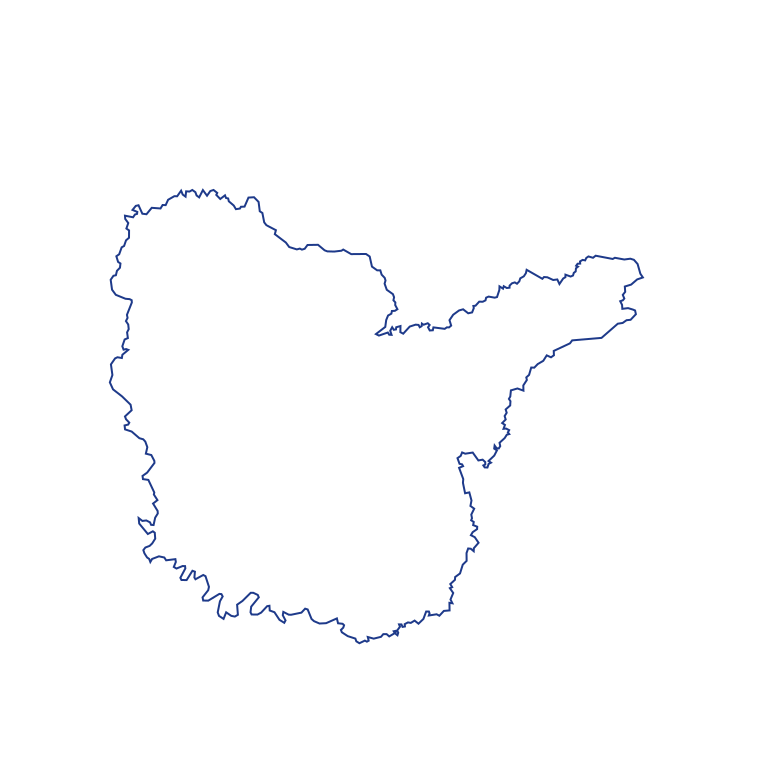 Doverlândia, Goiás, Brazil, rotated 253°
{"feature_id": "56859067B97324258200448", "entity_name": "Doverlândia", "entity_type": "district", "adm_level": 2, "iso_a3": "BRA", "parent_name": "Brazil", "parent_adm1": "Goiás", "projection": "albers", "projection_center": [-52.503, -16.899], "detail": "fine", "context": "isolated", "style": "outline", "palette": "blue", "viewbox_px": 768, "rotation_deg": 253, "n_neighbors": 0, "source": "geoboundaries", "source_scale": "gbopen_adm2", "svg_char_len": 6167}
<svg xmlns="http://www.w3.org/2000/svg" viewBox="0 0 768 768"><g transform="rotate(253 384 384)"><path d="M142.6,292.3L143.0,294.3L146.8,294.5L143.5,299.7L143.1,307.2L145.0,310.2L144.0,313.4L141.1,315.2L142.6,321.5L144.7,321.0L144.4,324.5L147.2,328.3L149.7,328.1L149.0,330.4L146.3,330.7L146.0,333.1L148.3,333.6L149.0,337.2L147.7,339.8L148.8,344.1L144.7,346.9L147.8,353.0L154.1,357.8L153.3,360.4L151.3,360.5L149.5,359.2L148.4,367.0L146.2,369.2L149.5,374.9L148.3,380.5L155.6,382.6L154.3,385.3L158.5,384.6L163.9,389.1L169.5,387.3L169.8,389.8L173.3,388.9L176.0,394.6L178.6,395.6L180.6,401.3L188.2,406.5L190.7,411.3L198.2,413.5L202.1,416.4L201.1,418.8L197.9,420.9L200.7,421.9L204.5,428.0L211.0,426.0L214.0,422.9L216.4,425.5L218.0,430.6L220.3,431.4L223.0,428.0L225.8,429.5L228.2,427.5L229.9,428.9L233.6,429.3L238.4,433.8L242.1,431.0L247.0,433.6L255.4,433.9L255.8,429.6L266.4,430.6L269.9,432.0L281.9,431.3L282.3,435.6L284.3,435.2L285.6,432.9L291.6,432.6L292.8,436.3L295.7,438.7L293.6,441.3L292.5,448.8L283.3,451.9L282.8,456.2L279.8,458.0L277.4,457.3L277.1,455.2L274.8,455.9L273.9,458.5L277.0,460.7L277.5,463.3L279.8,461.5L283.3,468.5L287.5,472.6L290.0,470.5L292.8,471.8L289.7,472.9L288.8,474.9L290.6,477.0L294.0,477.3L297.0,483.6L299.6,486.6L299.5,489.1L301.5,488.3L303.3,490.2L305.7,487.7L306.2,485.2L309.5,487.7L312.1,485.6L314.5,490.0L318.1,490.0L320.6,492.9L324.1,492.9L326.6,498.4L330.6,499.9L333.2,499.1L335.1,501.1L340.8,503.5L340.7,510.3L336.9,515.4L341.9,516.8L346.1,521.8L348.7,522.0L350.3,525.4L356.7,529.6L355.7,532.5L358.1,536.8L359.6,543.1L363.8,548.0L360.7,551.5L361.8,554.9L366.0,556.0L368.5,573.7L370.7,576.7L364.5,605.5L373.3,625.2L372.6,630.1L374.1,634.6L373.3,638.6L377.1,645.3L380.9,645.6L382.4,643.8L385.2,639.6L386.2,633.9L390.1,634.8L394.1,634.1L394.2,636.9L395.5,638.8L399.4,638.4L401.6,641.6L406.8,642.8L406.8,649.4L410.0,656.7L410.2,662.7L414.5,661.4L424.6,661.6L429.7,659.3L431.8,656.2L432.8,650.2L437.2,641.7L436.7,639.3L444.8,623.9L443.6,620.8L446.2,616.8L445.4,614.3L443.4,612.5L444.6,610.2L443.9,607.3L441.8,606.8L442.4,604.3L440.9,602.3L439.5,603.8L438.5,601.4L435.6,600.2L434.8,598.0L432.5,596.5L432.2,593.9L435.5,589.5L433.1,588.7L432.5,586.2L428.3,581.0L433.3,580.3L434.0,576.2L438.3,571.4L439.5,568.3L438.3,566.2L451.5,553.8L448.5,552.1L446.1,549.2L445.2,545.2L442.6,543.4L441.0,540.5L442.9,538.8L442.9,535.9L441.4,532.9L439.4,532.2L439.9,529.5L442.5,527.1L440.4,525.7L443.6,523.0L440.2,521.8L434.1,517.5L434.2,515.1L437.0,509.6L436.7,506.9L434.3,505.5L433.8,502.5L434.9,499.1L432.1,494.4L432.5,492.3L430.4,492.1L426.7,489.2L427.0,485.2L432.3,481.5L432.4,477.3L430.0,470.4L425.9,465.3L420.2,465.3L419.1,462.7L419.8,460.7L419.0,458.2L423.7,447.8L421.1,446.4L421.8,443.4L425.4,442.7L427.1,444.9L429.3,443.6L429.1,439.2L430.7,437.9L428.3,436.9L427.8,434.8L430.4,434.3L431.5,431.6L431.4,425.4L426.5,417.1L428.8,414.8L434.6,416.7L434.7,412.3L432.7,411.4L433.0,409.2L435.9,408.4L433.1,405.5L428.8,405.6L429.6,403.4L432.1,402.7L431.8,393.3L434.1,390.9L438.2,401.9L444.5,404.8L448.3,407.9L449.1,411.6L451.5,412.9L450.8,415.8L451.6,418.7L456.2,417.8L458.7,418.7L461.3,417.5L464.0,419.0L467.3,418.8L473.3,414.2L479.8,413.9L482.5,415.7L485.3,415.7L489.3,413.7L493.8,413.7L494.7,410.7L499.8,406.8L510.1,407.6L513.6,404.8L517.8,390.6L524.5,384.3L523.9,382.3L525.2,375.1L527.4,368.6L529.2,366.3L536.4,361.6L539.3,351.5L536.5,347.7L536.5,344.8L538.1,343.1L538.2,340.0L542.7,333.4L548.0,331.5L559.2,323.4L562.7,325.6L570.2,318.0L573.6,316.7L583.1,317.7L585.5,315.7L594.8,317.3L600.6,314.3L601.9,308.9L594.4,302.5L595.3,299.0L593.9,297.5L594.5,293.5L598.6,292.5L604.1,289.0L607.0,289.2L608.1,287.3L610.9,287.1L608.8,281.5L613.9,278.9L615.5,280.4L619.4,277.7L619.3,274.3L615.8,269.8L622.4,267.5L616.5,261.8L619.1,259.9L622.6,259.7L625.6,257.4L624.9,254.3L626.1,251.1L621.2,249.0L624.0,246.9L628.2,246.5L624.0,241.1L624.9,238.4L623.3,231.4L618.9,227.5L619.9,224.6L617.2,221.6L620.4,213.4L615.8,206.5L617.5,202.7L626.7,201.5L626.9,198.7L624.0,194.4L620.7,198.4L618.9,197.6L618.9,195.4L616.8,192.8L620.7,185.5L617.5,184.8L612.7,186.5L608.0,183.1L605.4,185.1L598.4,182.9L596.8,179.3L592.0,175.8L591.4,173.1L585.5,168.7L584.4,165.4L578.5,165.4L576.3,167.2L572.4,165.5L570.3,161.7L566.4,159.4L566.6,156.9L563.6,153.1L553.7,151.5L547.7,153.6L541.1,161.7L539.5,165.6L537.9,167.2L535.7,166.7L525.3,158.4L522.2,158.1L519.6,155.6L515.7,156.8L511.1,155.9L508.5,153.4L502.8,152.5L502.4,149.0L496.6,144.8L493.0,145.0L492.8,147.6L491.4,149.4L488.5,142.4L485.5,140.9L487.5,136.9L487.1,134.3L482.6,128.6L472.0,126.9L465.7,122.3L458.1,123.3L448.7,129.9L438.3,135.6L432.7,135.0L428.7,126.8L425.7,127.0L421.5,129.1L420.0,127.5L420.2,123.8L416.3,123.1L412.3,128.8L403.7,134.2L401.5,137.6L398.7,138.9L392.8,139.2L387.0,135.9L384.1,140.7L377.6,141.9L375.6,141.4L368.5,131.6L366.7,126.2L363.5,125.7L361.2,130.6L347.4,132.6L345.6,131.6L339.2,133.4L337.2,128.2L328.8,130.4L326.3,129.8L323.1,126.1L316.5,122.4L317.4,120.1L320.1,119.8L323.0,116.8L323.7,112.9L327.5,110.2L322.1,109.1L309.6,114.3L310.7,119.9L308.8,121.3L303.0,120.0L299.3,115.7L297.7,112.5L297.4,108.0L295.5,105.3L292.1,105.4L287.4,106.7L285.4,108.3L282.1,108.5L284.5,111.1L285.0,118.4L282.3,123.2L279.1,124.1L277.5,133.3L274.7,132.9L270.5,129.5L268.2,131.6L268.8,138.2L268.0,140.5L265.7,140.1L258.2,132.6L255.8,133.0L254.2,137.9L261.4,146.2L259.8,148.3L254.4,146.1L252.4,146.6L254.2,155.3L252.4,157.1L241.2,157.3L238.2,155.6L233.0,148.1L229.8,147.8L228.2,152.6L231.4,165.2L230.6,167.1L228.0,167.6L224.2,163.6L214.2,158.2L210.5,158.4L206.3,161.9L211.8,166.3L206.9,170.2L205.2,173.4L206.0,176.8L215.9,179.0L217.9,185.2L223.3,195.5L222.5,198.0L219.2,201.6L216.6,201.9L209.9,191.9L204.7,189.6L202.3,190.0L200.5,195.6L201.3,199.7L205.7,207.3L205.4,209.6L200.8,208.5L197.8,212.5L189.0,215.1L184.8,218.8L186.7,220.7L192.5,219.6L195.5,221.1L191.3,225.4L190.5,227.6L189.5,238.2L192.2,242.9L190.7,245.1L180.5,246.0L177.7,247.7L173.8,252.3L172.2,258.7L173.6,270.4L168.6,270.1L166.8,274.3L165.0,275.3L162.9,273.8L161.4,270.9L158.9,271.1L153.5,275.6L148.9,282.2L146.0,282.3L143.3,284.7L144.2,290.7L142.6,292.3ZM144.4,324.5L142.6,321.5L139.8,323.4L142.0,324.9L144.4,324.5Z" fill="none" stroke="#1e3a8a" stroke-width="2"/></g></svg>